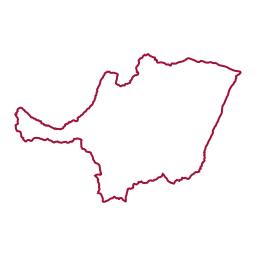 outline of Cubará, Boyacá, Colombia
{"feature_id": "7082276B20538039058858", "entity_name": "Cubará", "entity_type": "district", "adm_level": 2, "iso_a3": "COL", "parent_name": "Colombia", "parent_adm1": "Boyacá", "projection": "orthographic", "projection_center": [-72.252, 6.875], "detail": "fine", "context": "isolated", "style": "outline", "palette": "rose", "viewbox_px": 256, "rotation_deg": 0, "n_neighbors": 0, "source": "geoboundaries", "source_scale": "gbopen_adm2", "svg_char_len": 5751}
<svg xmlns="http://www.w3.org/2000/svg" viewBox="0 0 256 256"><path d="M200.8,60.9L199.7,61.8L199.1,62.0L197.2,61.8L194.0,60.1L189.1,58.3L188.2,58.3L186.7,58.9L185.3,60.1L182.6,61.4L178.2,62.4L176.2,63.5L174.6,63.7L172.1,63.4L171.6,63.8L170.9,65.3L170.2,65.6L168.5,64.4L166.3,64.6L164.9,63.4L164.2,63.0L161.0,62.3L159.2,62.6L157.6,62.6L156.9,61.9L157.0,60.6L156.6,60.0L156.1,59.7L155.2,59.9L154.8,59.7L155.1,58.0L154.9,57.6L153.3,57.3L149.8,55.7L148.2,54.2L147.5,54.3L146.2,55.3L145.6,55.4L145.0,55.3L144.7,54.8L143.2,55.9L142.4,57.4L141.9,58.0L140.0,58.5L139.7,59.4L138.7,60.1L138.6,60.8L139.1,62.4L139.0,63.5L137.6,65.8L136.7,66.6L136.2,67.4L136.2,68.4L136.7,70.3L136.8,72.0L137.0,72.3L137.6,72.2L138.1,72.5L138.3,73.4L138.1,74.2L136.6,75.2L134.9,75.3L133.3,76.5L132.3,77.8L131.9,79.0L131.2,80.2L130.2,80.9L130.3,82.5L130.1,82.8L127.2,83.8L125.6,83.9L125.1,84.3L124.7,85.4L122.5,85.3L121.3,86.1L120.4,86.3L118.8,85.0L117.5,84.7L116.0,83.5L116.2,81.0L116.7,79.8L117.1,77.7L117.0,76.7L117.8,75.1L117.7,74.4L117.2,73.9L113.8,72.7L111.0,72.9L110.0,72.5L109.5,71.7L108.7,71.9L107.4,71.7L105.0,73.2L104.2,75.1L103.4,76.0L103.2,77.1L101.4,79.2L100.4,81.1L100.1,83.3L99.2,85.5L98.2,87.1L98.0,87.9L97.2,89.1L97.1,89.7L97.3,91.5L96.7,92.2L96.2,95.2L95.4,95.8L95.5,97.6L94.8,98.5L94.7,99.9L94.3,100.6L93.9,101.4L93.3,101.8L92.4,104.7L91.4,105.2L91.0,105.9L90.2,106.2L89.2,108.3L88.2,108.5L87.2,109.2L85.6,111.6L84.7,111.8L83.5,113.1L82.6,114.5L80.9,115.5L79.7,116.8L78.8,117.0L77.9,117.8L77.6,118.3L77.9,119.6L77.5,120.8L76.2,121.3L75.6,120.9L74.9,120.9L74.1,120.3L73.4,120.3L72.6,120.6L71.3,121.7L70.6,121.8L69.8,122.4L69.2,122.0L68.5,122.6L68.1,123.4L67.0,124.0L66.4,123.8L66.0,124.1L65.6,124.8L65.1,124.8L65.1,125.5L64.9,126.1L63.3,127.2L63.3,127.9L63.1,128.2L62.1,128.7L60.7,129.0L60.2,129.3L57.9,128.8L56.8,129.1L55.6,128.4L54.8,129.0L53.8,128.3L50.7,126.9L49.2,125.9L48.9,125.9L48.1,125.4L47.1,125.8L46.6,125.3L45.4,125.5L44.8,124.9L44.1,124.9L43.7,124.1L42.5,123.5L41.5,123.4L41.0,121.4L40.7,121.2L39.5,121.2L38.5,120.2L37.7,120.4L35.9,119.7L35.5,118.8L33.9,118.6L32.8,117.6L32.0,117.6L31.0,117.2L30.4,116.2L27.3,112.9L25.0,111.3L24.7,110.4L24.0,110.1L21.5,107.8L20.5,107.7L19.5,108.0L17.9,109.0L17.6,109.6L17.4,110.3L17.7,111.3L16.3,112.8L16.3,113.3L16.6,113.9L16.4,114.3L15.4,114.5L15.8,115.1L16.2,116.1L17.5,117.9L18.0,119.3L17.6,121.1L17.9,123.7L15.5,125.3L15.9,126.8L15.8,128.0L16.3,129.6L17.2,131.1L19.4,131.4L20.4,132.0L20.8,133.0L21.3,135.6L21.2,136.5L21.8,137.3L23.3,137.9L23.2,139.4L25.2,141.3L25.9,141.5L26.4,140.9L27.7,140.1L28.4,140.0L29.2,140.0L30.7,140.9L31.7,140.8L32.4,140.1L32.6,139.6L33.3,138.8L33.8,138.4L34.5,138.0L36.1,137.8L38.9,138.0L40.5,138.9L41.8,138.9L42.9,139.7L45.0,140.2L45.6,140.1L46.8,139.2L47.7,138.8L49.1,140.1L51.6,140.9L53.2,142.3L54.1,142.5L55.1,141.8L56.8,141.7L57.6,141.4L58.8,142.3L60.1,142.4L61.2,142.8L62.4,142.4L65.1,141.8L66.1,141.9L66.7,142.5L67.7,142.8L68.9,142.6L70.0,141.7L71.9,141.8L72.2,141.1L73.3,140.7L74.1,138.9L76.1,138.9L77.1,138.4L78.2,138.7L79.7,138.9L81.3,139.8L81.6,140.3L81.2,141.1L81.3,142.5L81.1,143.1L81.4,143.9L81.2,144.5L81.5,145.9L81.3,146.6L82.3,148.8L84.3,149.1L85.6,150.1L85.7,150.6L86.4,151.6L90.4,152.4L90.9,152.9L91.2,154.2L92.5,156.4L92.9,157.7L93.2,159.6L94.3,161.0L94.7,162.2L95.8,163.1L97.6,163.6L99.3,165.0L99.7,166.6L100.1,170.1L101.0,173.2L100.7,173.3L101.0,174.4L100.2,174.8L99.2,174.6L97.1,174.6L95.4,175.3L95.0,175.7L97.1,177.7L98.1,179.3L98.2,179.8L97.8,180.4L98.2,180.9L98.1,182.2L98.8,183.3L99.2,184.6L99.3,185.9L99.0,186.3L98.9,187.1L99.6,188.9L99.3,189.7L99.0,190.0L98.8,191.1L98.2,191.8L98.4,192.4L98.1,193.1L100.1,193.5L101.3,194.5L101.6,195.9L102.6,197.7L102.8,199.5L102.7,201.4L102.9,201.6L104.1,201.8L105.3,201.6L105.8,201.1L107.7,200.6L110.6,198.6L112.9,198.1L113.7,197.0L114.1,196.8L114.7,196.9L115.4,197.6L116.5,198.3L117.9,198.1L118.7,199.0L119.1,199.0L120.2,197.9L121.8,198.2L122.9,199.8L125.1,201.3L125.6,201.4L125.8,200.5L125.7,197.1L126.5,195.0L126.7,193.6L127.5,190.8L127.6,189.4L128.4,188.8L129.4,188.4L130.6,188.9L131.5,188.4L132.7,188.2L133.3,187.2L133.1,186.0L133.3,184.7L133.7,184.0L134.4,183.8L136.1,184.5L136.9,184.3L138.2,183.3L138.6,182.0L139.0,181.8L139.8,182.2L141.5,181.5L142.5,182.6L144.2,183.1L147.3,182.7L148.5,181.1L150.0,180.4L151.1,180.4L151.9,180.8L153.6,180.6L154.2,179.8L155.6,179.7L156.8,179.1L158.4,177.4L160.3,177.1L161.8,176.3L162.8,173.9L163.5,174.5L165.0,176.8L166.8,178.6L167.7,180.4L168.6,181.5L170.1,182.2L170.8,182.8L173.9,183.6L175.5,180.9L176.5,180.4L176.9,179.9L179.2,180.8L179.3,180.3L179.6,180.0L181.6,179.6L182.2,177.8L183.0,178.0L184.7,178.1L185.3,177.8L187.6,178.9L188.6,178.9L189.5,178.1L190.8,175.9L192.2,174.6L193.8,173.8L195.5,172.1L196.0,172.0L197.3,172.3L199.3,171.6L199.2,170.3L199.8,169.1L200.6,168.9L200.7,168.5L200.4,168.0L200.5,166.9L200.7,166.6L201.4,166.4L201.7,165.9L201.9,165.3L201.8,164.4L202.1,163.5L202.5,162.9L203.1,162.6L203.2,161.8L204.0,161.4L204.5,160.5L204.2,158.8L204.8,157.8L204.6,157.0L204.6,156.2L204.1,155.3L204.7,154.3L204.1,152.8L204.7,152.2L204.4,151.1L205.3,149.1L205.8,146.7L207.0,145.1L208.7,141.0L210.4,138.3L211.1,136.2L212.5,133.9L213.0,132.4L212.8,130.8L213.4,129.3L214.0,128.6L214.8,126.6L216.0,125.5L216.6,123.2L218.0,121.4L218.6,119.3L220.1,116.1L221.3,114.2L221.7,112.9L222.4,106.8L222.7,105.8L224.8,102.4L224.8,101.5L226.2,98.9L226.4,97.9L228.1,94.7L228.9,91.2L230.1,88.5L231.6,86.1L233.8,83.6L234.0,82.5L235.0,81.7L235.4,81.1L235.8,78.8L236.3,78.1L236.3,77.6L235.9,76.8L236.0,76.2L237.2,75.5L238.0,74.7L239.3,74.2L240.2,73.2L240.6,72.3L240.0,71.6L233.8,70.5L228.8,68.3L227.1,67.2L225.2,66.5L218.5,65.0L217.5,63.9L215.9,63.2L214.6,63.0L212.8,63.1L211.3,62.2L210.1,62.2L207.8,62.7L205.4,62.4L203.2,61.3L200.8,60.9Z" fill="none" stroke="#9f1239" stroke-width="2"/></svg>